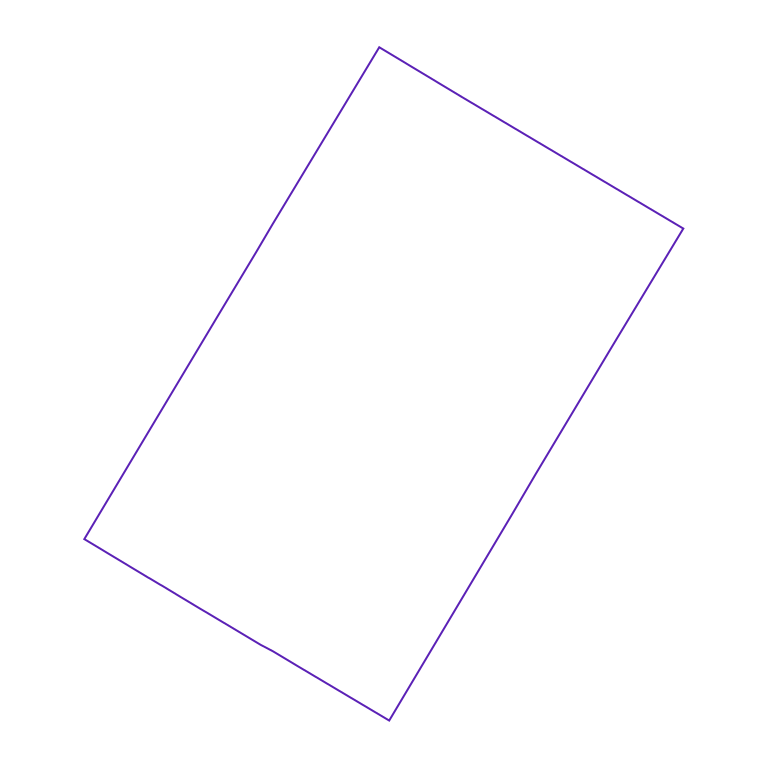 the district of Pike, Mississippi, United States of America, rotated 31°
{"feature_id": "52423323B41002783843524", "entity_name": "Pike", "entity_type": "district", "adm_level": 2, "iso_a3": "USA", "parent_name": "United States of America", "parent_adm1": "Mississippi", "projection": "equal_earth", "projection_center": [-90.423, 31.175], "detail": "fine", "context": "isolated", "style": "outline", "palette": "violet", "viewbox_px": 768, "rotation_deg": 31, "n_neighbors": 0, "source": "geoboundaries", "source_scale": "gbopen_adm2", "svg_char_len": 509}
<svg xmlns="http://www.w3.org/2000/svg" viewBox="0 0 768 768"><g transform="rotate(31 384 384)"><path d="M206.5,97.8L206.2,304.5L206.5,337.1L206.5,408.9L206.8,574.9L207.0,671.3L281.9,671.4L283.0,671.3L293.6,671.3L295.3,671.3L297.5,671.2L319.1,671.3L336.5,671.3L337.4,671.3L342.8,671.3L355.7,671.2L361.6,671.2L412.8,671.1L426.5,670.3L453.8,670.3L455.3,670.3L561.8,669.8L560.9,429.5L560.4,382.6L560.2,240.0L560.2,225.9L560.5,96.6L303.1,97.9L206.5,97.8Z" fill="none" stroke="#5b21b6" stroke-width="2"/></g></svg>